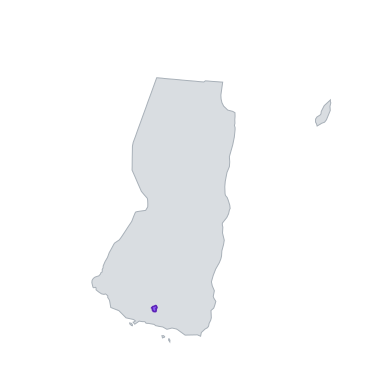 Bilad Atta'am, Raymah, Yemen shown in context, rotated 298°
{"feature_id": "15242507B17948555439182", "entity_name": "Bilad Atta'am", "entity_type": "district", "adm_level": 2, "iso_a3": "YEM", "parent_name": "Yemen", "parent_adm1": "Raymah", "projection": "mercator", "projection_center": [43.572, 14.838], "detail": "fine", "context": "in_parent", "style": "filled", "palette": "violet", "viewbox_px": 384, "rotation_deg": 298, "n_neighbors": 0, "source": "geoboundaries", "source_scale": "gbopen_adm2", "svg_char_len": 3725}
<svg xmlns="http://www.w3.org/2000/svg" viewBox="0 0 384 384"><g transform="rotate(298 192 192)"><path d="M303.4,167.5L291.1,172.0L287.8,174.0L284.9,176.5L282.7,179.6L281.1,185.1L282.3,190.1L282.2,192.7L279.0,194.5L276.0,195.8L272.7,197.7L270.7,198.2L269.1,199.8L267.2,200.8L260.3,203.6L252.8,205.8L240.8,208.4L236.2,211.2L232.0,213.1L225.7,213.7L216.9,216.4L212.0,218.5L206.0,222.0L204.7,223.1L203.6,225.7L201.7,227.9L198.1,231.5L195.4,233.4L193.6,233.5L190.0,234.5L185.8,234.7L178.8,233.4L177.0,234.3L175.5,235.7L170.1,238.2L164.6,243.1L160.5,244.5L154.0,246.0L149.4,248.1L146.4,248.9L142.4,249.3L135.1,249.1L128.2,249.9L121.8,251.3L118.7,253.9L115.3,258.1L109.7,259.8L108.4,261.3L106.6,264.4L103.0,265.2L99.7,265.7L96.3,264.4L90.0,268.1L87.6,268.7L84.0,268.8L81.4,269.6L79.5,269.4L77.2,267.9L72.3,266.2L68.7,267.3L68.4,263.8L62.4,253.1L63.7,243.7L63.7,242.4L62.5,238.2L59.0,234.3L59.1,229.5L57.9,226.0L56.9,222.4L57.2,221.5L57.3,220.6L55.5,215.1L54.9,214.0L54.6,212.8L55.2,211.9L55.2,210.9L54.3,209.2L53.2,206.0L48.4,203.5L49.4,201.1L50.3,201.9L51.6,202.6L51.9,201.1L51.9,199.9L49.9,192.8L52.9,183.2L51.9,174.5L56.4,171.0L57.6,170.0L58.3,169.0L59.3,167.1L60.8,166.4L61.3,164.3L61.3,163.3L60.3,162.4L59.6,160.0L59.9,156.9L60.1,155.6L60.6,153.2L62.2,152.4L62.6,151.7L61.3,150.2L61.4,149.3L64.2,146.8L65.2,146.0L67.0,145.3L68.4,145.3L70.0,145.7L71.4,146.4L72.8,147.7L74.2,149.1L76.4,149.7L78.0,149.5L79.2,150.2L80.2,149.8L81.4,149.1L83.3,149.1L85.0,148.3L89.9,147.9L94.6,148.1L99.5,147.4L104.4,147.5L109.3,147.5L110.4,147.6L111.5,148.1L115.6,150.3L118.8,150.8L125.1,151.4L131.9,152.0L137.7,152.6L142.7,152.0L146.8,151.6L147.9,151.7L149.2,153.1L151.7,156.5L154.0,159.7L158.1,159.9L160.7,158.6L163.6,156.9L165.4,155.6L167.4,150.4L168.8,147.0L171.8,143.2L174.3,140.0L177.7,135.8L179.6,133.4L183.2,128.8L186.8,127.0L193.5,123.5L200.2,120.1L204.5,117.9L208.2,116.8L214.4,116.0L221.6,114.9L228.9,113.9L236.6,112.8L245.3,111.6L251.2,110.7L258.7,109.7L265.0,108.8L270.6,108.0L276.3,107.2L277.4,109.7L278.5,112.3L279.5,114.9L280.6,117.5L281.7,120.1L282.8,122.6L283.9,125.2L285.0,127.8L286.0,130.3L287.1,132.9L288.2,135.5L289.3,138.1L290.4,140.6L291.5,143.2L292.5,145.7L293.6,148.3L294.7,150.8L296.4,151.6L297.5,154.0L298.9,157.4L300.4,160.7L301.9,164.1L303.4,167.5ZM320.0,268.9L321.5,269.2L323.8,268.3L330.3,268.2L338.3,271.0L336.8,271.7L335.9,272.7L332.4,273.6L328.9,275.8L318.9,276.8L315.9,276.3L313.5,274.2L309.0,271.5L310.8,269.8L311.2,269.0L311.8,268.2L314.4,266.9L316.9,267.1L320.0,268.9ZM51.6,235.3L51.3,235.9L50.8,235.8L49.3,234.4L51.0,232.9L51.8,234.3L51.6,235.3ZM46.8,201.7L46.0,202.2L45.7,201.3L46.3,199.0L47.1,198.4L47.6,200.0L47.3,200.9L46.8,201.7ZM50.8,242.1L49.2,242.8L50.3,240.8L51.4,240.4L51.7,240.5L50.8,242.1Z" fill="#d9dde1" stroke="#a8b0b8" stroke-width="1"/><path d="M70.7,210.7L70.7,211.1L70.7,211.3L70.7,211.5L70.5,211.8L70.3,211.9L70.2,211.9L70.2,212.0L69.9,212.2L69.8,212.3L69.7,212.3L69.4,212.3L69.2,212.4L69.1,212.5L69.1,212.8L69.0,213.0L69.0,213.3L69.0,213.5L68.9,213.5L68.7,213.6L68.6,213.8L68.5,214.0L68.4,214.0L68.5,214.4L68.6,214.5L68.7,214.9L68.8,215.2L68.8,215.3L68.9,215.5L69.0,215.7L69.2,215.9L69.3,216.0L69.5,216.2L69.8,216.2L70.0,216.2L70.3,216.2L70.4,215.9L70.5,215.7L70.8,215.6L71.0,215.6L71.3,215.6L71.5,215.6L71.7,215.4L71.8,215.4L71.9,215.1L72.0,215.0L72.1,214.9L72.4,214.8L72.8,215.1L73.0,215.2L73.1,215.3L73.3,215.5L73.5,215.4L73.8,215.2L74.1,214.8L74.4,214.3L74.6,214.1L74.7,213.9L74.8,213.7L74.8,213.3L74.7,213.2L74.4,213.1L74.3,212.9L74.2,212.8L74.0,212.6L73.8,212.5L73.6,212.4L73.4,212.3L73.2,212.2L73.0,211.9L72.9,211.6L72.5,211.2L72.2,211.1L71.9,211.1L71.6,211.0L71.5,210.9L71.4,210.8L71.1,210.7L70.9,210.7L70.7,210.7Z" fill="#8b5cf6" stroke="#5b21b6" stroke-width="1.5"/></g></svg>